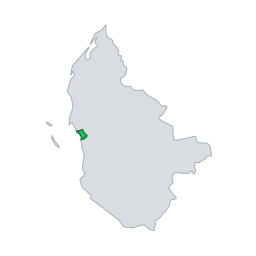 Balfate, Colón, Honduras (highlighted), rotated 264°
{"feature_id": "27666195B79832367470433", "entity_name": "Balfate", "entity_type": "district", "adm_level": 2, "iso_a3": "HND", "parent_name": "Honduras", "parent_adm1": "Colón", "projection": "equal_earth", "projection_center": [-86.341, 15.768], "detail": "fine", "context": "in_parent", "style": "filled", "palette": "green", "viewbox_px": 256, "rotation_deg": 264, "n_neighbors": 0, "source": "geoboundaries", "source_scale": "gbopen_adm2", "svg_char_len": 3967}
<svg xmlns="http://www.w3.org/2000/svg" viewBox="0 0 256 256"><g transform="rotate(264 128 128)"><path d="M232.8,116.6L224.1,116.0L220.0,117.4L218.2,120.5L216.7,121.9L215.4,121.6L212.8,122.8L208.9,125.7L205.3,126.7L202.2,126.0L201.3,126.7L201.0,127.6L200.6,128.5L199.3,129.0L197.9,128.8L196.3,127.8L195.5,128.2L195.4,130.0L194.6,130.5L192.9,129.7L191.1,130.3L189.1,132.5L186.3,133.0L182.6,131.7L179.8,129.3L177.8,125.8L175.3,125.0L171.1,127.6L169.4,130.6L169.0,132.5L169.4,134.1L168.6,135.3L166.7,135.8L165.2,137.9L164.2,141.5L164.0,144.2L164.6,146.2L163.6,147.6L161.1,148.5L158.0,151.6L154.6,156.8L151.1,160.5L147.6,162.6L146.0,164.9L146.1,167.4L145.9,168.2L145.2,168.5L144.1,168.9L137.4,163.3L135.5,159.5L133.8,160.1L131.8,162.0L128.8,166.4L125.6,172.2L124.1,172.9L116.2,172.0L112.0,172.5L111.2,173.3L110.8,175.5L111.0,178.4L112.2,188.8L112.8,193.1L112.2,194.4L110.0,194.6L107.3,195.2L105.8,197.2L105.4,199.2L105.3,202.0L104.4,204.9L102.7,207.0L101.0,207.7L91.6,208.3L91.7,203.5L89.0,201.5L87.5,197.5L86.1,194.8L86.6,193.2L86.4,191.3L82.6,189.8L79.0,190.9L76.9,190.2L75.4,189.1L78.0,186.8L78.2,185.3L77.4,184.3L76.5,183.6L76.8,180.9L77.3,177.7L78.8,170.3L78.3,169.0L75.9,166.8L72.8,166.6L69.5,167.3L67.9,166.1L66.5,163.6L64.1,162.4L59.8,164.4L55.4,167.5L54.0,168.6L52.8,168.4L52.3,166.1L52.1,163.4L51.8,162.7L49.5,161.8L46.7,161.1L45.3,160.3L43.9,158.5L40.6,156.1L39.8,154.3L35.4,150.3L34.5,148.3L33.5,146.8L31.4,144.9L29.7,145.4L24.0,143.1L23.2,142.9L24.0,140.8L25.8,137.7L29.7,134.2L30.0,131.3L29.0,125.9L28.0,122.4L28.6,120.8L29.8,114.5L30.8,113.0L36.4,109.8L36.9,109.4L41.3,104.9L46.3,100.0L51.4,94.5L57.1,88.4L60.3,84.8L61.7,83.2L65.0,84.5L67.6,81.6L69.1,80.7L72.6,77.2L73.6,76.4L79.5,75.0L82.3,75.0L84.8,78.6L86.7,80.5L90.4,78.8L93.5,78.5L106.2,81.7L111.3,80.3L120.6,80.0L124.8,80.8L130.7,76.2L134.5,75.2L139.0,73.1L138.4,70.9L137.3,69.9L144.1,70.8L154.2,75.5L165.0,74.7L168.9,72.1L171.4,71.4L182.4,76.2L185.4,79.9L187.6,80.3L189.4,79.5L189.9,78.7L187.7,77.9L186.7,76.7L195.4,79.0L211.9,96.5L212.2,97.9L205.2,92.7L201.5,93.1L200.5,94.0L200.7,96.8L201.1,98.1L202.7,98.3L203.9,97.5L206.8,98.4L208.7,100.3L211.0,103.2L212.4,106.3L213.9,106.4L215.4,104.5L218.2,104.3L220.0,106.4L221.3,106.2L219.5,103.0L215.2,99.7L216.2,99.6L225.6,105.4L228.3,112.7L230.5,114.4L232.8,116.6ZM122.7,53.8L117.3,57.4L115.6,57.3L118.1,54.6L122.1,52.2L125.4,51.1L128.2,51.6L122.7,53.8ZM141.1,50.1L138.6,52.7L138.1,51.5L139.4,49.1L140.9,47.7L142.4,47.8L142.0,48.9L141.1,50.1Z" fill="#d9dde1" stroke="#a8b0b8" stroke-width="1"/><path d="M124.6,86.4L125.0,86.1L127.3,84.3L128.3,83.3L129.8,83.1L131.3,82.3L130.4,79.8L130.1,79.4L130.2,79.2L130.1,78.9L130.1,78.7L130.3,78.6L130.4,78.4L130.4,78.2L130.3,77.9L130.2,77.8L130.1,77.7L129.9,77.5L129.9,77.4L129.9,77.2L130.0,77.2L129.9,77.1L129.8,76.9L129.9,76.7L129.7,76.7L129.6,76.8L129.4,76.8L129.3,77.0L129.2,77.0L129.0,77.3L128.9,77.4L128.8,77.5L128.7,77.6L128.6,77.8L128.5,78.0L128.4,78.0L128.2,78.1L128.2,78.3L128.1,78.5L127.9,78.7L127.8,78.8L127.7,78.8L127.5,79.0L127.4,79.1L127.4,79.3L127.2,79.4L127.1,79.5L126.9,79.6L126.7,79.7L126.5,79.8L126.4,79.8L126.2,79.9L125.8,79.9L125.7,79.9L125.7,80.0L125.4,80.2L125.3,80.3L125.2,80.3L125.1,80.5L124.8,80.8L124.7,80.9L124.4,81.0L124.2,80.9L123.7,80.8L123.7,80.7L123.4,80.7L123.4,80.8L123.2,80.9L123.2,81.0L122.9,81.1L122.6,81.0L122.5,80.9L122.4,80.9L122.2,80.7L121.8,80.5L121.7,80.5L121.5,80.3L121.4,80.2L121.4,80.3L121.6,80.5L121.8,80.7L122.0,80.8L122.2,81.0L122.1,80.9L121.9,80.9L121.7,80.9L121.7,81.0L121.8,81.2L121.8,81.3L121.8,81.5L121.9,81.8L121.9,82.0L121.7,82.3L121.7,82.5L121.7,82.8L121.8,82.9L121.8,83.0L121.9,83.3L121.9,83.5L122.0,83.6L122.3,83.6L122.6,83.6L122.9,83.7L123.0,83.7L123.2,83.8L123.2,84.0L123.3,84.1L123.4,84.3L123.5,84.5L123.5,84.8L123.4,84.8L123.5,84.9L123.5,85.0L123.4,85.0L123.4,85.3L123.5,85.5L123.6,85.4L123.8,85.4L123.9,85.5L124.0,85.7L124.3,85.6L124.5,85.7L124.6,85.8L124.6,86.0L124.5,86.3L124.6,86.4Z" fill="#22c55e" stroke="#15803d" stroke-width="1.5"/></g></svg>